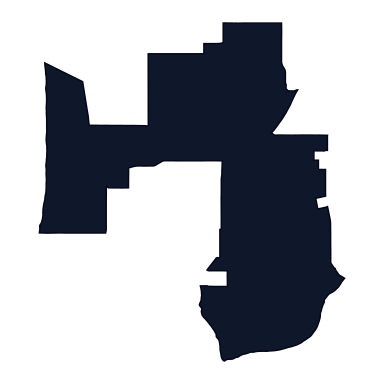 the district of Nedlands, Western Australia, Australia
{"feature_id": "25037944B80247248268591", "entity_name": "Nedlands", "entity_type": "district", "adm_level": 2, "iso_a3": "AUS", "parent_name": "Australia", "parent_adm1": "Western Australia", "projection": "mercator", "projection_center": [115.79, -31.975], "detail": "fine", "context": "isolated", "style": "filled", "palette": "ink", "viewbox_px": 384, "rotation_deg": 0, "n_neighbors": 0, "source": "geoboundaries", "source_scale": "gbopen_adm2", "svg_char_len": 5849}
<svg xmlns="http://www.w3.org/2000/svg" viewBox="0 0 384 384"><path d="M44.8,62.9L45.0,66.0L45.2,67.3L45.5,69.9L45.7,72.4L45.7,73.8L45.9,75.1L46.2,76.4L46.3,79.2L46.4,80.6L46.4,82.0L46.3,84.5L46.1,85.8L45.9,87.1L45.8,88.4L45.9,89.8L46.4,93.8L46.5,95.1L46.6,97.9L46.6,100.8L46.6,102.1L46.4,104.9L46.3,106.2L46.3,107.5L46.3,108.9L46.4,110.3L46.4,111.8L46.4,114.4L46.6,117.0L46.7,119.7L46.7,121.0L46.7,122.3L46.7,125.2L46.7,126.6L46.7,128.0L46.8,130.7L46.8,132.0L46.6,133.3L46.5,134.7L46.4,136.0L46.3,137.3L46.2,140.0L46.3,141.4L46.4,142.7L46.6,144.0L46.6,144.6L46.8,145.3L46.9,146.6L46.9,149.4L47.0,150.8L46.9,152.4L46.8,155.0L46.8,156.3L46.5,159.1L46.4,160.4L46.4,161.1L46.2,163.0L46.0,164.4L45.9,165.8L46.0,167.1L46.2,168.5L46.3,169.9L46.2,171.3L46.2,172.8L46.1,174.2L46.2,175.4L46.4,178.1L46.4,180.8L46.3,182.1L46.2,183.4L46.2,186.3L46.2,187.6L46.0,191.5L45.9,192.8L45.3,195.5L45.1,196.8L44.9,199.4L44.6,200.7L44.0,203.4L43.7,204.8L43.5,206.0L43.1,208.9L43.0,210.3L43.0,211.7L42.9,213.1L43.0,214.5L42.9,215.9L42.5,218.7L41.9,221.2L41.5,222.4L41.0,223.6L40.2,224.6L39.7,225.8L39.8,227.2L39.9,228.6L39.4,232.9L47.8,233.1L59.4,232.9L66.5,233.0L71.6,233.0L104.8,233.0L105.6,233.0L106.2,230.1L106.2,202.4L106.3,191.5L106.2,191.1L106.2,190.8L106.2,190.0L106.2,186.9L106.4,186.7L106.6,186.7L106.8,186.7L107.5,187.0L107.8,187.2L108.0,187.5L108.4,187.8L109.0,187.8L122.5,187.9L128.5,187.8L128.5,179.9L128.6,171.9L128.5,168.0L132.0,166.9L133.7,166.5L136.2,166.0L140.0,165.9L143.8,166.0L153.2,165.9L154.5,165.7L155.6,165.1L161.1,161.9L162.2,161.3L163.3,160.9L164.7,160.7L166.0,160.7L167.2,160.7L182.6,160.8L197.2,160.8L211.3,160.7L222.3,160.8L222.1,166.1L221.9,171.4L221.9,174.4L221.3,178.9L221.3,187.2L221.3,189.2L221.3,194.4L221.2,197.6L221.5,197.6L221.7,197.9L221.7,198.0L221.7,198.3L221.4,198.5L221.2,198.5L221.3,215.6L221.3,229.1L219.9,229.4L219.9,246.5L219.9,247.1L219.9,257.7L217.4,257.7L217.3,257.8L217.2,257.9L217.0,258.1L216.8,258.1L216.6,258.1L216.3,257.9L215.7,258.8L207.0,270.0L207.9,270.5L209.1,270.8L210.2,270.7L213.8,270.7L220.8,270.7L227.4,270.8L227.3,275.6L227.4,283.3L227.4,286.5L213.8,286.5L212.8,286.4L211.8,286.4L207.4,286.3L207.2,285.9L206.7,285.9L200.4,285.9L200.5,286.4L200.7,287.1L201.0,288.4L201.1,289.1L201.2,289.4L201.2,289.7L201.4,291.0L201.5,292.2L201.5,293.2L201.6,293.7L201.7,295.5L201.6,296.4L201.5,296.6L201.4,297.1L201.3,298.5L201.3,298.8L201.1,300.5L200.5,302.0L200.0,302.9L199.9,303.2L199.5,304.4L199.4,304.7L199.5,305.0L199.6,305.4L200.0,306.1L200.5,306.8L200.8,307.0L201.6,308.2L201.8,309.0L201.8,309.5L201.4,311.2L201.4,311.6L201.4,312.0L201.5,312.6L201.9,314.1L202.4,315.5L203.6,317.2L205.2,318.8L207.2,321.1L211.3,326.3L213.2,329.1L214.3,330.7L215.1,332.2L215.8,333.4L216.2,334.4L216.3,335.4L216.3,336.5L216.8,337.4L217.7,338.4L218.7,339.6L219.1,340.5L219.4,342.0L220.0,345.4L220.1,347.5L220.1,349.1L220.3,350.7L220.6,352.0L221.0,354.7L221.5,357.6L222.0,358.7L223.3,360.5L224.4,361.0L225.3,360.5L226.4,359.7L227.2,359.4L228.2,359.3L232.2,359.1L233.7,358.6L234.9,357.9L235.9,357.4L238.1,357.0L240.5,355.4L241.8,354.8L243.4,354.2L244.9,354.0L246.3,353.6L248.1,353.0L249.5,352.4L250.8,352.1L251.8,352.1L253.5,352.1L255.4,351.7L257.2,351.4L261.6,351.2L263.6,351.2L264.6,351.2L265.8,351.3L268.1,351.1L270.2,350.9L272.2,350.8L274.4,350.6L276.7,350.3L279.6,349.8L281.5,349.3L284.7,348.4L288.5,347.3L291.1,346.7L293.4,346.0L296.2,345.1L298.1,344.3L299.6,343.5L301.4,342.6L303.7,340.8L305.1,340.0L307.3,338.5L309.1,337.2L310.3,336.4L311.7,334.9L313.1,332.9L315.4,329.8L316.7,327.5L317.3,326.3L317.9,324.6L318.6,322.7L319.2,320.8L319.6,319.3L320.1,317.5L320.3,315.6L320.3,314.5L320.4,313.2L320.5,312.9L320.7,312.1L321.0,311.4L321.1,310.9L321.3,310.4L321.3,310.0L321.6,309.2L322.0,307.7L322.2,307.1L322.5,306.1L322.7,305.5L322.8,305.3L323.3,304.1L323.5,303.9L324.2,302.2L324.3,302.0L324.3,301.8L324.2,301.6L324.2,301.3L324.1,300.8L324.2,300.3L324.4,299.7L324.7,299.2L325.2,298.6L326.1,297.6L326.4,297.1L326.6,296.9L327.0,296.2L327.3,295.9L327.4,295.7L328.1,295.0L328.4,294.6L328.6,294.4L328.9,294.1L330.3,293.2L331.5,292.6L332.5,292.1L333.6,291.3L334.1,291.0L334.8,290.5L335.5,289.8L335.7,289.6L335.8,289.5L336.3,289.0L336.4,288.8L336.9,288.5L337.1,288.3L337.4,288.0L338.1,287.2L338.3,287.1L338.9,286.3L339.2,285.9L339.3,285.7L339.5,285.3L340.3,284.3L340.4,284.1L340.5,283.9L341.0,283.1L341.1,282.9L341.5,282.1L341.9,281.5L342.1,281.3L342.3,281.1L342.6,280.7L342.8,280.5L343.7,279.3L344.0,279.0L344.4,278.5L344.6,278.3L339.6,275.3L338.8,274.7L335.1,269.3L335.2,269.1L335.3,269.0L335.3,268.8L335.2,268.6L335.1,268.4L334.9,268.3L334.6,268.3L334.4,268.4L332.1,265.0L330.9,263.1L330.7,262.4L330.7,261.3L330.7,252.6L330.6,242.4L330.6,234.8L330.5,223.4L330.4,221.3L329.9,218.4L328.4,211.0L327.5,206.6L326.0,207.2L321.9,208.1L317.8,209.0L315.7,198.3L325.6,196.1L325.5,195.4L325.5,169.5L318.4,169.5L318.4,160.2L313.9,160.2L313.9,150.8L324.5,150.9L325.1,150.4L327.4,150.4L327.4,136.7L327.4,135.7L327.5,135.3L322.7,135.2L311.0,135.1L301.6,135.1L291.2,135.2L282.9,135.1L277.0,135.1L276.1,135.2L274.7,135.1L273.9,134.8L271.5,132.9L273.6,130.5L276.7,126.5L279.1,123.1L281.0,120.6L284.0,116.0L286.0,112.7L287.2,110.5L290.1,105.1L291.2,102.7L292.6,99.5L294.6,95.3L296.1,92.4L297.6,89.9L296.8,89.9L295.8,90.3L295.3,90.6L294.5,90.9L293.9,91.0L288.7,90.9L288.4,90.8L288.2,90.8L287.9,90.6L286.0,88.7L286.1,84.3L285.4,84.2L285.4,74.0L285.4,72.8L285.2,71.0L284.8,69.7L283.9,68.0L282.5,65.8L281.9,64.0L281.5,62.2L281.5,59.1L281.5,47.2L281.5,42.9L281.5,41.7L281.6,31.7L281.5,23.1L268.5,23.1L243.4,23.1L238.1,23.2L231.4,23.1L223.2,23.0L223.2,42.7L220.4,43.4L217.1,43.6L203.9,43.6L203.9,45.3L203.9,53.8L148.2,53.8L148.3,125.9L146.1,125.9L145.1,125.7L139.9,125.7L138.9,125.6L99.6,125.4L91.5,125.3L89.7,125.3L89.2,125.4L88.7,121.6L88.3,117.7L88.3,117.0L86.6,106.7L82.6,81.7L46.7,63.9L44.8,62.9Z" fill="#0f172a" stroke="#020617" stroke-width="1.5"/></svg>